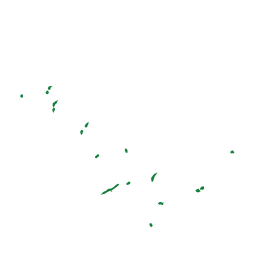 Kepulauan Seribu, Indonesia, rotated 318°
{"feature_id": "22746128B63742079715926", "entity_name": "Kepulauan Seribu", "entity_type": "district", "adm_level": 2, "iso_a3": "IDN", "parent_name": "Indonesia", "parent_adm1": "", "projection": "albers", "projection_center": [106.577, -5.612], "detail": "medium", "context": "isolated", "style": "filled", "palette": "green", "viewbox_px": 256, "rotation_deg": 318, "n_neighbors": 0, "source": "geoboundaries", "source_scale": "gbopen_adm2", "svg_char_len": 1839}
<svg xmlns="http://www.w3.org/2000/svg" viewBox="0 0 256 256"><g transform="rotate(318 128 128)"><path d="M70.1,160.8L66.9,159.8L65.7,159.9L67.6,160.8L69.3,160.9L73.4,162.1L73.5,162.5L73.6,162.2L75.1,162.8L76.9,163.1L76.7,162.8L74.7,162.4L72.0,160.6L70.1,160.8ZM116.9,180.5L114.3,180.7L113.8,181.0L111.8,181.4L111.3,182.8L110.1,183.8L111.1,183.5L114.6,181.4L117.5,180.7L116.9,180.5ZM139.0,220.6L137.0,220.2L136.8,220.7L137.1,221.6L137.8,222.4L138.9,222.7L139.0,220.6ZM89.6,60.0L88.8,60.1L87.7,61.2L87.5,61.9L89.8,61.0L91.5,61.1L91.7,60.7L92.4,60.5L91.5,60.2L90.4,60.4L89.6,60.0ZM142.7,221.5L141.8,221.7L141.4,222.0L142.3,222.7L142.4,223.1L142.9,223.0L143.5,223.4L144.1,222.8L144.3,222.1L142.7,221.5ZM98.2,99.1L99.7,98.2L100.6,98.0L101.1,97.6L100.2,97.5L97.8,97.9L97.6,98.9L98.2,99.1ZM101.6,204.9L100.5,204.8L100.5,205.3L101.9,206.3L102.6,207.7L103.3,207.2L102.7,206.9L102.3,205.9L102.4,205.4L101.6,204.9ZM189.9,215.0L188.5,214.9L188.3,215.4L189.9,216.7L190.3,215.4L189.9,215.0ZM92.3,169.0L89.3,168.9L91.4,170.0L92.2,170.0L92.6,169.6L92.3,169.0ZM90.0,101.1L90.3,100.6L92.0,100.0L92.0,99.4L91.6,99.0L91.0,99.1L90.1,99.9L89.6,101.1L90.0,101.1ZM81.1,163.0L78.5,163.0L78.9,163.3L80.5,163.5L83.4,163.5L81.1,163.0ZM92.2,46.8L91.1,47.0L90.9,48.0L91.1,48.3L91.5,48.5L92.3,48.1L92.8,47.0L92.2,46.8ZM97.7,45.4L96.9,44.9L96.1,45.2L95.4,45.6L95.4,46.3L95.6,46.6L96.0,46.4L97.4,45.7L97.4,45.4L97.7,45.4ZM80.5,216.4L80.8,214.6L80.2,214.3L79.7,214.8L79.5,216.4L79.7,216.6L80.5,216.4ZM87.6,128.0L84.8,127.9L84.5,128.3L84.8,128.6L86.5,128.8L87.3,128.7L87.8,128.3L87.6,128.0ZM111.0,145.0L111.7,144.4L112.2,143.3L112.1,142.4L111.6,142.5L111.3,143.1L110.7,144.7L111.0,145.0ZM85.9,63.9L84.4,64.3L83.9,65.5L85.5,64.9L86.0,64.4L85.9,63.9ZM70.3,34.0L71.1,33.2L71.2,32.6L69.8,32.6L69.7,33.5L70.3,34.0Z" fill="#22c55e" stroke="#15803d" stroke-width="1.5"/></g></svg>